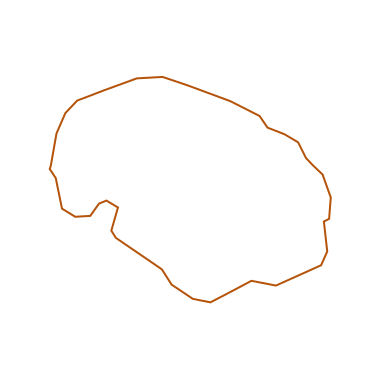 the district of Inkisi, Bas-Congo, Democratic Republic of the Congo, rotated 286°
{"feature_id": "63176286B22382339186814", "entity_name": "Inkisi", "entity_type": "district", "adm_level": 2, "iso_a3": "COD", "parent_name": "Democratic Republic of the Congo", "parent_adm1": "Bas-Congo", "projection": "albers", "projection_center": [15.093, -5.139], "detail": "fine", "context": "isolated", "style": "outline", "palette": "amber", "viewbox_px": 384, "rotation_deg": 286, "n_neighbors": 0, "source": "geoboundaries", "source_scale": "gbopen_adm2", "svg_char_len": 692}
<svg xmlns="http://www.w3.org/2000/svg" viewBox="0 0 384 384"><g transform="rotate(286 192 192)"><path d="M204.0,331.2L225.0,326.9L244.8,312.7L251.0,300.8L256.1,292.2L269.0,280.3L273.0,265.0L274.7,246.8L283.7,236.0L289.9,203.6L293.3,158.1L294.5,132.0L286.0,107.6L265.7,79.7L248.2,56.4L232.9,48.5L210.9,45.6L178.7,49.0L174.9,48.9L167.8,57.2L140.2,71.6L139.5,74.0L136.0,86.6L139.7,97.1L141.0,100.8L155.2,105.8L160.2,112.2L159.6,114.2L156.7,125.1L140.6,125.1L132.6,125.1L126.9,131.5L110.8,180.0L109.3,184.4L97.3,198.0L89.5,222.3L91.0,240.1L102.4,252.2L123.0,273.6L125.2,298.5L157.2,336.3L172.1,338.4L200.0,326.9L202.0,329.1L204.0,331.2Z" fill="none" stroke="#b45309" stroke-width="2"/></g></svg>